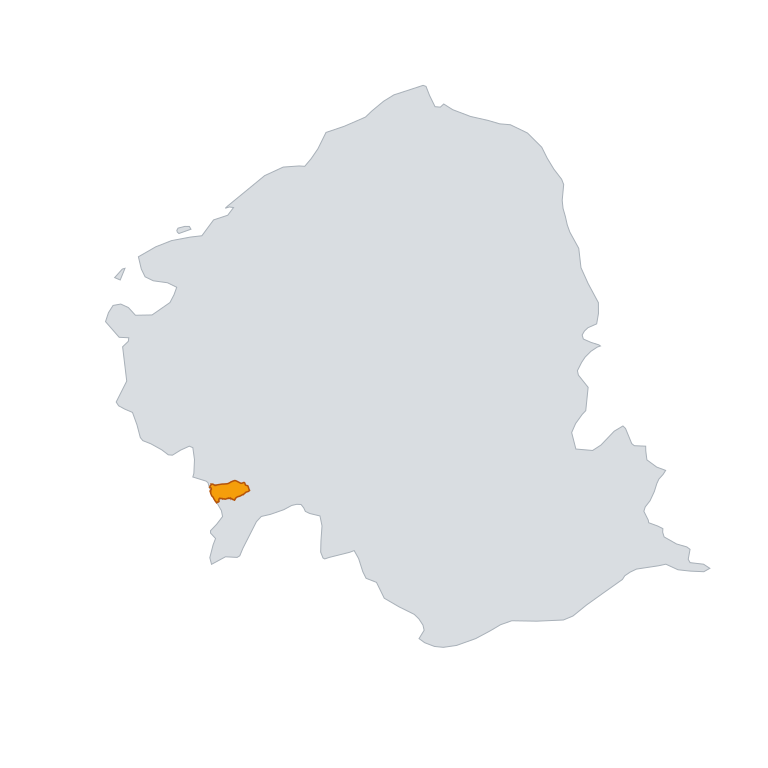 Kampong Trabaek, Prey Vêng, Cambodia (highlighted), rotated 74°
{"feature_id": "14789045B10100754303768", "entity_name": "Kampong Trabaek", "entity_type": "district", "adm_level": 2, "iso_a3": "KHM", "parent_name": "Cambodia", "parent_adm1": "Prey Vêng", "projection": "natural_earth1", "projection_center": [105.549, 11.105], "detail": "fine", "context": "in_parent", "style": "filled", "palette": "amber", "viewbox_px": 768, "rotation_deg": 74, "n_neighbors": 0, "source": "geoboundaries", "source_scale": "gbopen_adm2", "svg_char_len": 7002}
<svg xmlns="http://www.w3.org/2000/svg" viewBox="0 0 768 768"><g transform="rotate(74 384 384)"><path d="M651.0,121.6L652.6,128.3L648.3,141.1L643.6,152.6L634.9,162.7L634.4,170.2L631.5,192.3L632.7,199.4L634.7,205.4L637.6,208.7L645.2,230.4L652.2,250.1L659.1,266.3L660.3,276.6L654.1,302.5L646.8,326.4L647.5,338.3L650.6,350.2L654.0,366.0L655.3,386.3L653.5,399.5L650.2,407.8L643.9,416.2L638.4,420.5L631.8,413.3L626.5,413.0L619.4,415.2L613.8,418.4L602.5,430.8L590.0,442.8L572.6,445.9L565.8,454.8L558.6,456.1L544.8,456.5L535.9,458.6L536.3,463.1L535.6,484.3L535.8,489.2L534.4,490.6L528.1,491.2L517.6,487.9L503.3,482.7L493.2,481.9L488.0,491.1L484.8,494.7L481.0,495.3L477.0,496.9L475.6,501.0L475.3,506.2L477.2,515.0L478.0,529.0L477.5,538.5L481.2,544.6L503.0,564.9L509.4,570.0L510.2,573.0L506.4,584.0L509.8,599.5L502.9,599.3L491.5,592.6L486.1,588.5L479.5,591.8L477.2,591.2L472.7,583.5L466.9,575.7L460.9,575.2L448.2,578.3L435.2,580.4L430.3,580.4L428.3,581.8L420.7,593.4L417.5,591.4L404.4,587.0L392.5,585.3L390.1,588.3L391.5,597.8L394.1,607.0L392.6,610.9L386.0,615.8L377.3,624.5L372.0,631.4L368.3,633.0L355.1,632.7L342.0,633.6L336.7,640.1L331.8,645.1L327.5,646.4L310.3,630.5L276.2,625.0L272.5,618.0L269.2,616.6L266.1,625.7L247.3,634.5L239.5,629.2L233.8,622.8L234.6,615.0L240.1,608.6L249.4,604.0L253.7,587.9L246.7,567.3L240.4,561.3L233.9,556.6L227.0,564.2L221.2,577.3L215.1,584.1L206.6,585.6L194.0,585.0L189.2,565.5L187.6,548.7L189.4,529.6L191.3,518.2L179.3,502.6L178.7,487.7L172.9,480.0L171.2,483.9L171.3,488.1L169.7,485.0L150.8,441.3L147.7,421.1L151.0,405.5L152.9,400.2L147.4,392.0L139.7,382.7L126.2,370.4L125.3,351.1L122.3,328.2L118.3,320.6L112.1,306.5L108.8,294.8L107.7,264.1L109.5,261.6L119.1,260.7L131.5,258.5L133.4,253.5L131.3,249.4L139.2,242.4L150.6,227.2L159.4,211.2L165.8,201.1L169.6,191.1L182.3,176.9L199.9,167.1L211.8,164.9L224.3,161.5L236.2,156.8L241.8,156.3L256.6,162.1L264.6,163.5L272.9,163.5L281.6,164.0L289.2,163.5L307.3,159.4L326.5,162.6L343.7,160.1L364.9,155.5L375.3,158.4L384.8,163.0L386.1,172.4L388.3,176.7L391.5,180.0L395.7,180.0L401.1,173.5L405.6,166.7L407.1,165.5L407.3,168.8L409.6,176.1L413.6,183.3L417.7,188.1L424.5,194.4L429.0,194.7L443.5,188.7L465.2,197.4L467.8,201.8L474.8,210.7L482.4,217.0L499.4,217.5L505.4,201.8L502.5,192.3L492.8,175.7L490.2,165.9L493.3,164.1L509.6,162.3L512.3,160.4L515.9,149.6L520.4,150.8L529.4,152.2L539.0,144.8L544.7,137.1L547.8,140.6L551.2,146.0L554.9,149.2L561.9,153.8L569.5,160.4L574.2,166.8L578.0,169.3L587.7,167.5L590.3,167.8L596.0,160.0L599.9,155.8L603.3,157.0L608.2,156.9L618.4,146.9L624.1,137.8L627.3,135.4L636.4,139.9L640.1,139.0L645.3,126.5L651.0,121.6ZM182.8,539.7L181.0,540.8L179.2,540.8L177.4,539.0L177.6,532.0L178.9,527.7L182.0,526.9L182.8,539.7ZM211.3,608.9L207.5,613.6L201.4,603.9L201.4,601.1L211.3,608.9Z" fill="#d9dde1" stroke="#a8b0b8" stroke-width="1"/><path d="M436.0,553.3L435.9,553.5L435.8,553.8L435.7,554.0L435.7,554.3L435.6,554.6L435.6,554.8L435.7,555.1L435.7,555.3L435.7,555.7L435.7,556.0L435.7,556.6L435.8,556.9L435.9,557.2L435.9,557.5L435.9,558.0L436.0,558.4L436.2,558.9L436.4,559.8L436.5,560.2L436.6,560.6L436.6,560.8L436.7,561.4L436.7,561.8L436.6,562.3L436.6,562.7L436.5,563.2L436.4,563.6L436.3,564.1L436.2,564.5L436.1,565.2L436.1,565.5L435.9,565.8L435.8,566.3L435.7,566.6L435.6,567.1L435.5,567.5L435.5,568.0L435.4,568.6L435.3,569.1L435.3,569.7L435.2,570.2L435.1,570.9L435.1,571.2L435.1,571.5L435.0,572.0L435.0,572.4L435.0,572.6L434.9,572.7L434.9,572.9L435.0,573.2L435.2,573.5L435.1,573.9L435.0,574.1L434.9,574.3L434.7,574.3L434.8,574.7L434.6,574.8L434.4,574.9L434.3,575.0L434.1,575.1L434.1,575.3L433.9,575.5L433.7,575.7L433.6,575.8L433.4,575.9L433.2,575.9L433.1,576.0L433.0,576.3L433.0,576.5L432.9,576.7L432.9,576.9L432.8,577.0L432.8,577.3L432.6,577.5L432.5,577.8L432.8,577.8L433.0,577.8L433.3,578.1L433.4,578.3L433.5,578.4L433.7,578.6L433.8,578.7L433.9,578.8L433.9,579.0L434.0,579.1L434.1,579.3L434.6,579.5L434.8,579.7L435.0,579.8L435.1,580.0L435.2,579.9L435.4,579.9L435.6,579.9L435.7,579.6L435.9,579.3L436.0,579.2L436.4,578.9L436.5,578.8L436.9,579.0L437.0,579.0L437.3,578.9L437.5,579.1L437.9,579.1L438.0,579.2L438.0,579.4L438.1,579.5L438.3,579.6L438.4,579.8L438.3,580.0L438.4,580.3L438.5,580.4L438.9,580.6L439.0,580.6L439.4,580.7L439.5,580.7L439.6,580.8L439.8,580.7L439.8,580.3L439.9,580.2L440.0,580.2L440.2,580.3L440.3,580.5L440.6,580.6L440.8,580.7L441.2,580.7L441.5,580.7L441.8,580.7L442.4,580.6L442.8,580.5L443.4,580.5L444.0,580.4L444.3,580.3L444.8,580.0L445.1,579.8L445.3,579.7L445.6,579.5L445.9,579.5L446.2,579.4L446.5,579.3L446.8,579.3L447.1,579.2L447.6,579.2L447.9,579.1L448.1,579.0L448.7,578.8L449.4,578.7L449.6,578.6L450.3,578.4L450.7,578.2L451.0,578.1L451.8,577.8L452.0,577.7L451.9,577.6L451.8,577.4L451.6,577.2L451.5,576.9L451.5,576.6L451.8,576.4L451.8,576.2L451.7,575.9L451.8,575.7L451.5,575.0L451.3,575.0L451.0,574.9L450.9,574.8L450.6,574.8L450.4,574.9L450.0,574.9L449.9,574.8L449.8,574.6L449.7,574.5L449.2,574.4L449.0,574.2L448.9,574.1L448.8,573.8L448.7,573.7L448.5,573.3L448.6,573.2L448.8,572.8L449.0,572.8L449.0,572.7L449.2,572.4L449.2,572.2L449.2,571.8L449.4,571.7L449.5,571.6L449.6,571.4L449.5,571.1L449.8,570.9L450.0,570.8L450.2,570.7L450.1,570.3L450.1,570.0L450.2,569.6L450.3,569.6L450.5,569.4L450.5,569.2L450.7,568.9L450.7,568.7L450.8,568.6L450.8,568.4L451.0,568.2L451.0,567.9L451.0,567.7L451.0,567.4L450.9,567.2L450.8,566.9L450.8,566.7L451.0,566.4L450.9,566.0L450.8,565.9L450.8,565.7L450.9,565.4L451.0,565.2L451.2,564.9L450.9,564.7L451.0,564.6L451.2,564.3L451.2,564.1L451.2,563.9L451.3,563.9L451.4,563.6L451.3,563.4L451.5,563.4L451.5,563.1L451.7,562.9L451.8,562.8L451.9,562.7L452.0,562.7L451.9,562.6L452.0,562.5L452.1,562.4L452.1,562.2L452.3,562.1L452.5,561.9L452.7,561.6L452.9,561.6L453.2,561.2L453.3,561.1L453.5,561.0L453.5,560.9L453.6,560.6L453.8,560.4L454.0,560.2L454.3,560.0L454.3,559.8L454.4,559.7L454.2,559.5L454.1,559.3L454.1,559.2L453.9,559.1L453.7,559.0L453.7,558.9L453.6,558.7L453.3,558.6L453.2,558.3L453.0,558.2L452.9,558.1L452.7,557.9L452.6,557.7L452.5,557.3L452.4,557.2L452.3,556.8L452.3,556.7L452.2,556.4L452.1,556.2L452.0,555.9L452.0,555.7L452.0,555.4L452.0,555.1L452.1,554.9L452.0,554.6L452.0,554.4L452.1,554.2L452.1,553.9L452.0,553.5L452.0,553.4L451.9,553.0L452.0,552.7L451.9,552.6L451.8,552.4L451.8,552.2L451.7,551.9L451.7,551.7L451.5,551.2L451.5,550.8L451.5,550.7L451.4,550.6L451.3,550.3L451.3,550.2L451.5,550.0L451.6,549.9L451.6,549.7L451.1,549.0L450.9,548.5L450.7,548.0L450.4,547.4L450.2,546.9L450.0,546.6L449.9,546.0L449.9,545.0L449.9,544.1L449.8,543.8L449.7,543.5L449.5,543.2L449.3,542.6L449.2,542.5L448.8,542.6L448.4,542.7L447.8,542.8L447.2,542.8L446.6,542.8L446.1,542.8L445.3,542.9L444.8,542.9L444.6,542.9L444.4,543.0L444.2,543.2L444.1,543.3L443.9,543.6L443.5,544.3L443.2,544.8L442.9,545.0L442.6,545.1L442.0,545.1L441.5,545.1L441.0,545.1L440.6,545.2L440.1,545.6L440.0,546.2L440.1,546.7L440.2,547.6L440.1,548.6L440.0,549.0L439.9,549.1L439.7,549.3L438.9,550.1L438.1,551.0L437.7,551.4L437.2,551.9L437.0,552.1L436.0,553.3Z" fill="#f59e0b" stroke="#b45309" stroke-width="1.5"/></g></svg>